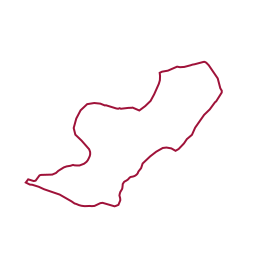 San Francisco El Alto, Totonicapán, Guatemala (Albers equal-area conic projection), rotated 294°
{"feature_id": "79465075B12043571614717", "entity_name": "San Francisco El Alto", "entity_type": "district", "adm_level": 2, "iso_a3": "GTM", "parent_name": "Guatemala", "parent_adm1": "Totonicapán", "projection": "albers", "projection_center": [-91.49, 14.976], "detail": "fine", "context": "isolated", "style": "outline", "palette": "rose", "viewbox_px": 256, "rotation_deg": 294, "n_neighbors": 0, "source": "geoboundaries", "source_scale": "gbopen_adm2", "svg_char_len": 1731}
<svg xmlns="http://www.w3.org/2000/svg" viewBox="0 0 256 256"><g transform="rotate(294 128 128)"><path d="M36.6,56.8L36.4,61.3L37.2,63.6L38.0,70.4L37.9,76.1L39.3,91.7L39.4,92.6L38.0,106.3L37.3,109.9L37.5,111.0L37.6,112.6L37.6,114.4L38.0,117.0L38.8,119.7L39.2,120.7L40.3,122.9L41.2,124.7L41.9,126.7L43.2,129.1L48.1,133.3L49.3,135.2L51.0,147.6L52.1,148.8L53.9,150.5L57.8,150.4L59.0,150.3L60.8,149.3L61.9,148.4L62.9,147.6L64.7,147.2L66.4,147.0L69.7,147.4L70.7,147.3L73.3,146.5L74.6,146.0L76.9,146.3L77.8,146.7L78.6,147.4L79.5,148.0L80.5,148.7L81.5,149.1L82.5,149.4L83.3,149.7L84.2,150.2L84.8,151.0L85.6,152.2L86.8,153.5L87.8,154.2L88.7,154.7L89.7,155.1L90.8,155.3L91.5,155.2L92.8,155.3L96.7,156.3L101.5,155.8L111.1,159.8L117.8,163.4L123.9,167.9L125.8,171.1L127.0,175.9L126.5,180.7L129.4,182.8L136.7,185.4L141.8,186.3L147.8,189.2L155.6,189.2L171.0,192.2L178.2,195.1L186.9,197.0L188.2,197.7L198.5,199.2L200.2,198.5L201.8,196.2L209.8,189.8L218.2,176.2L218.9,174.4L219.4,173.2L219.6,172.0L219.5,170.8L219.0,170.0L213.3,162.9L212.1,161.1L210.7,159.6L206.7,154.6L204.7,150.8L204.0,147.9L196.6,141.1L193.3,136.2L191.3,134.5L188.6,136.1L184.6,137.7L180.9,138.2L169.4,138.2L161.9,137.6L160.2,136.9L155.0,134.8L148.6,131.2L148.5,123.9L147.9,123.0L146.6,120.3L142.7,113.7L142.7,112.3L141.6,111.2L141.1,109.4L139.8,98.6L139.2,97.7L139.0,92.8L137.1,87.0L133.2,81.0L124.9,77.5L115.6,76.9L105.9,78.4L100.5,82.6L97.6,90.7L92.8,101.1L91.7,102.2L90.6,103.2L88.7,104.1L86.8,104.5L84.9,104.5L82.4,104.4L80.3,103.9L77.5,102.4L74.1,99.0L73.0,96.6L72.1,94.2L71.9,92.8L70.0,90.7L68.0,87.6L65.9,85.4L60.6,81.8L57.6,80.5L54.6,77.7L50.0,68.1L49.3,67.0L48.6,66.4L42.3,65.0L41.2,63.5L40.5,57.7L36.6,56.8Z" fill="none" stroke="#9f1239" stroke-width="2"/></g></svg>